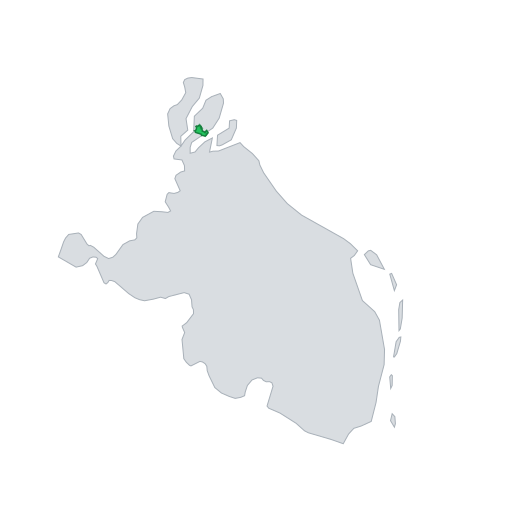 Kapelle, Zeeland, Netherlands shown in context, rotated 109°
{"feature_id": "6326949B3037358920764", "entity_name": "Kapelle", "entity_type": "district", "adm_level": 2, "iso_a3": "NLD", "parent_name": "Netherlands", "parent_adm1": "Zeeland", "projection": "albers", "projection_center": [3.961, 51.499], "detail": "fine", "context": "in_parent", "style": "filled", "palette": "green", "viewbox_px": 512, "rotation_deg": 109, "n_neighbors": 0, "source": "geoboundaries", "source_scale": "gbopen_adm2", "svg_char_len": 4894}
<svg xmlns="http://www.w3.org/2000/svg" viewBox="0 0 512 512"><g transform="rotate(109 256 256)"><path d="M321.2,442.6L312.9,442.5L305.2,442.5L301.0,441.9L296.6,440.1L294.5,436.1L292.0,431.3L292.6,428.3L299.7,419.7L300.7,417.3L299.9,416.1L300.5,412.3L305.8,399.6L306.4,394.5L303.8,391.0L300.2,389.0L288.5,385.5L282.8,380.4L280.2,375.8L277.6,374.6L273.8,376.2L264.2,378.1L256.4,375.8L247.0,367.2L244.8,359.4L243.5,353.5L241.2,351.4L238.2,354.6L234.3,359.5L226.6,360.1L224.4,359.0L224.0,356.4L223.5,353.8L221.3,350.6L219.0,348.9L209.3,357.9L205.7,357.9L201.1,354.5L198.8,351.2L193.8,353.1L189.3,357.3L190.9,365.1L188.4,366.6L182.8,365.9L176.5,362.7L169.5,360.8L158.8,355.4L143.9,359.8L133.6,354.5L125.0,354.0L119.7,349.8L114.0,342.7L118.1,338.1L122.0,336.5L137.7,335.7L149.1,338.5L169.6,353.8L174.8,353.6L180.3,351.7L177.5,347.5L172.4,345.6L164.7,341.5L158.6,335.7L172.9,333.8L170.9,330.8L169.0,325.7L154.0,308.0L156.6,303.2L160.3,292.8L165.0,284.3L168.7,282.0L174.8,275.9L188.0,258.0L196.3,243.4L202.5,226.2L211.1,178.7L213.7,170.6L218.0,161.6L223.5,163.2L227.4,165.8L240.8,158.8L263.5,140.9L270.0,125.6L276.5,118.4L302.6,104.0L317.0,99.5L339.3,97.8L355.5,94.8L374.9,93.2L382.6,101.3L387.1,107.4L394.2,110.5L405.1,112.4L405.0,124.7L406.1,148.9L405.5,153.2L401.1,163.7L396.7,182.2L395.8,194.3L394.3,196.7L373.6,197.5L370.7,199.7L370.4,202.3L371.6,205.4L371.2,208.5L369.7,211.0L370.7,215.0L374.5,219.4L381.2,222.0L388.2,221.9L391.8,221.3L394.6,224.4L397.4,229.3L397.5,235.6L396.8,244.1L393.8,252.1L384.5,261.4L380.3,264.8L376.3,266.6L374.4,269.0L373.6,272.1L373.9,274.7L381.1,281.7L381.0,283.3L379.2,287.2L376.6,290.8L359.0,298.8L351.6,298.5L347.5,302.3L346.3,303.0L341.5,299.8L330.9,296.3L327.1,297.7L324.9,299.9L318.4,302.7L313.9,306.8L314.0,312.0L322.7,325.2L325.7,327.8L326.0,332.8L330.2,339.0L334.6,346.8L335.2,351.8L334.9,356.9L333.0,364.1L326.2,381.2L326.2,384.5L326.9,386.9L329.4,387.5L331.3,388.7L330.8,391.0L317.5,403.1L315.8,405.2L310.0,404.8L309.2,406.8L310.0,409.9L312.3,412.6L317.3,413.9L321.6,416.8L325.1,422.5L321.2,442.6ZM176.5,362.7L175.3,367.6L172.2,373.0L161.5,380.7L150.4,385.8L144.6,385.2L140.7,382.5L138.5,379.7L132.6,377.0L124.4,375.6L119.3,378.5L115.6,381.2L112.4,380.8L110.0,378.4L108.2,374.9L105.9,363.7L112.0,361.7L125.2,361.0L135.4,364.9L148.9,366.9L159.2,361.5L167.3,366.1L176.5,362.7ZM154.2,317.2L162.0,324.2L163.7,326.4L164.3,328.9L154.3,331.7L143.8,323.0L136.8,325.0L134.2,320.9L134.1,318.4L141.4,316.2L154.2,317.2ZM226.9,144.8L219.4,154.0L214.6,151.5L213.3,149.4L215.6,142.3L226.8,130.3L226.9,144.8ZM260.3,103.6L253.2,104.8L249.9,103.0L267.1,97.6L278.0,95.8L280.0,96.5L260.3,103.6ZM306.6,93.1L291.4,95.6L286.3,94.1L285.4,92.7L289.5,91.7L302.4,91.1L306.5,92.3L306.6,93.1ZM243.7,113.9L229.6,123.6L228.3,122.1L237.4,113.7L243.7,113.9ZM367.9,75.2L360.8,75.9L362.7,72.4L369.2,69.6L372.8,69.4L367.9,75.2ZM337.4,85.5L326.8,90.2L324.2,89.4L324.8,88.1L334.1,85.1L337.4,85.5Z" fill="#d9dde1" stroke="#a8b0b8" stroke-width="1"/><path d="M153.1,354.9L153.3,354.7L153.5,354.5L153.6,354.3L153.8,354.2L154.2,354.0L154.3,354.0L154.6,353.9L154.8,353.8L155.1,353.8L155.3,353.8L155.5,353.8L155.6,353.7L155.8,353.7L156.0,353.7L156.1,353.8L156.3,353.8L156.6,353.9L156.8,354.0L157.1,354.2L157.3,354.3L157.5,354.4L157.6,354.6L157.7,354.4L157.8,354.3L157.8,354.2L158.0,354.0L158.0,353.9L158.2,353.7L158.2,353.8L158.3,353.7L158.5,353.6L158.7,353.4L158.8,353.4L158.8,352.9L158.8,352.4L158.8,351.7L158.8,351.4L158.7,349.8L158.7,348.6L158.7,348.2L158.7,347.5L158.8,347.5L158.9,347.4L159.0,347.3L159.1,347.2L159.3,347.1L159.4,346.9L159.5,346.8L159.5,346.7L159.7,346.4L159.5,346.2L159.4,346.0L159.4,345.9L159.3,344.6L159.3,343.1L159.2,343.1L158.9,343.0L158.7,342.9L158.6,342.7L158.4,342.5L158.2,342.4L157.9,342.4L157.7,342.3L157.4,342.4L157.3,342.5L157.2,342.5L157.2,342.4L156.9,342.3L157.1,342.1L155.1,341.4L153.3,343.5L153.5,343.6L153.7,343.8L153.8,343.8L154.0,343.9L154.3,344.0L154.5,344.1L154.8,344.1L155.1,344.2L155.3,344.2L155.5,344.3L155.8,344.3L156.0,344.4L155.9,344.8L155.7,344.7L155.6,345.0L155.4,345.3L155.3,345.7L155.3,345.8L155.3,346.0L155.3,346.3L155.4,346.5L155.4,346.8L155.5,347.1L155.5,347.3L155.4,347.3L155.1,347.5L154.8,347.6L154.5,347.8L154.4,347.9L154.3,348.0L154.2,348.0L153.8,348.4L153.7,348.4L153.7,348.5L153.5,348.9L153.5,349.0L153.4,348.9L153.4,349.0L152.3,349.1L152.3,349.3L152.3,349.5L152.2,349.6L152.2,349.8L152.2,350.0L152.0,349.9L151.9,349.9L151.7,350.0L151.7,349.9L151.4,350.0L151.5,350.2L151.5,350.3L151.6,350.5L151.4,350.6L151.3,350.8L151.2,350.9L151.3,350.9L151.3,351.0L151.2,351.2L151.1,351.4L151.0,351.5L150.9,351.7L151.0,351.8L150.9,351.9L150.9,352.0L151.0,352.1L150.9,352.2L151.0,352.2L151.1,352.3L151.3,352.5L151.5,352.8L151.8,352.9L151.9,353.0L152.0,353.0L152.3,353.3L152.5,353.4L152.5,353.6L152.4,353.6L152.3,353.9L152.3,354.2L152.3,354.3L152.5,354.5L152.9,354.7L153.0,354.7L153.1,354.9Z" fill="#22c55e" stroke="#15803d" stroke-width="1.5"/></g></svg>